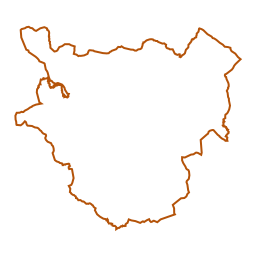 outline of Ajumako-enyan-essiam, Central, Ghana
{"feature_id": "2480657B3117094904377", "entity_name": "Ajumako-enyan-essiam", "entity_type": "district", "adm_level": 2, "iso_a3": "GHA", "parent_name": "Ghana", "parent_adm1": "Central", "projection": "mercator", "projection_center": [-1.0, 5.413], "detail": "fine", "context": "isolated", "style": "outline", "palette": "amber", "viewbox_px": 256, "rotation_deg": 0, "n_neighbors": 0, "source": "geoboundaries", "source_scale": "gbopen_adm2", "svg_char_len": 5618}
<svg xmlns="http://www.w3.org/2000/svg" viewBox="0 0 256 256"><path d="M116.2,229.2L118.2,227.9L119.2,227.9L121.2,226.1L122.1,226.5L122.7,225.7L123.1,226.1L124.0,225.9L124.8,226.1L125.6,225.9L125.5,224.4L126.5,223.4L127.5,222.9L128.8,219.4L131.4,220.4L135.4,221.1L140.2,222.9L142.7,221.4L143.5,221.5L144.1,222.0L146.9,220.2L149.1,219.2L150.0,221.1L151.0,222.0L152.5,221.5L153.3,220.8L154.0,220.8L157.3,222.2L160.6,219.4L174.9,214.4L174.2,213.3L174.1,208.3L172.8,204.9L181.0,198.3L184.4,198.0L186.4,196.4L187.4,194.0L189.0,192.4L188.2,190.4L187.4,184.7L186.5,182.1L186.8,181.0L188.8,178.9L189.4,175.3L189.0,171.5L188.4,170.1L186.7,169.2L186.0,168.1L185.5,166.7L183.2,163.0L182.1,160.3L182.1,157.2L184.9,157.5L191.0,154.6L193.5,154.3L195.8,152.7L196.3,152.6L197.9,152.9L201.2,154.8L201.7,152.7L200.7,139.9L207.1,134.3L208.0,133.7L208.7,131.7L210.0,130.7L212.3,130.0L213.5,130.1L217.7,134.8L219.4,136.0L219.5,136.5L221.9,138.5L224.8,140.0L225.4,140.8L227.4,140.8L227.0,138.9L227.4,137.7L226.8,136.9L225.9,136.5L226.3,136.1L226.1,135.5L227.4,134.3L227.6,133.5L228.5,133.1L228.7,131.8L227.3,130.2L227.8,129.7L227.0,129.4L227.1,128.8L226.4,128.4L226.6,128.0L226.1,127.0L225.1,126.9L224.8,126.2L224.4,126.1L223.4,126.4L222.8,125.4L223.4,125.1L223.6,124.0L223.2,122.8L224.3,121.8L223.8,121.5L223.9,121.0L223.5,120.9L223.7,120.5L223.5,120.1L223.7,119.6L223.5,119.3L225.3,118.1L225.2,116.4L225.4,114.7L227.2,113.3L228.0,112.0L229.2,109.4L230.0,105.6L228.9,100.3L228.9,98.7L228.1,97.0L227.6,92.8L226.8,90.9L228.2,88.3L228.0,87.5L228.7,86.6L228.7,84.7L228.3,82.9L226.5,79.0L226.1,77.0L225.4,76.7L224.9,75.6L224.9,75.0L225.1,74.4L226.3,73.9L231.9,69.6L233.1,68.0L234.2,65.7L235.6,64.0L240.6,59.2L238.0,57.1L235.3,53.6L231.6,51.2L230.6,49.5L230.4,47.8L228.1,47.1L224.7,46.7L222.9,44.7L219.7,42.7L216.4,39.9L214.1,38.4L212.7,38.1L211.6,36.6L207.5,34.2L203.4,30.2L201.7,29.2L199.4,28.4L199.1,28.6L198.5,31.7L196.7,33.6L196.7,35.1L196.3,35.8L196.2,37.3L194.7,37.9L193.4,39.3L192.9,39.5L192.3,39.1L192.1,39.3L191.5,40.3L191.4,41.3L190.5,42.6L190.1,42.7L189.7,43.6L188.5,44.6L188.3,47.4L185.9,49.8L184.9,53.3L183.4,54.7L182.3,55.1L181.3,56.6L180.5,57.2L179.6,56.8L180.0,55.5L179.7,54.3L178.6,54.4L177.8,54.9L176.2,54.5L175.8,54.0L174.8,53.7L172.7,49.3L169.7,49.3L168.7,48.6L167.3,48.3L166.6,47.8L165.8,46.2L166.1,44.7L165.3,44.3L164.3,43.4L162.4,43.6L158.1,41.9L157.3,41.0L155.9,41.0L154.5,40.3L153.7,40.4L152.9,39.4L151.1,39.2L149.5,39.4L146.5,40.4L144.4,42.2L143.3,42.4L143.3,43.4L142.7,43.8L142.5,45.5L141.5,48.3L140.3,49.1L138.2,49.4L136.4,50.6L134.9,50.6L133.2,49.7L130.9,49.6L124.1,48.0L121.5,46.3L120.4,47.1L118.2,46.9L116.2,49.2L111.8,50.8L111.0,51.5L110.0,51.9L108.7,53.2L106.7,53.4L102.9,53.1L94.2,51.2L93.5,50.6L89.8,50.2L89.3,50.3L88.7,50.9L87.5,53.9L84.1,55.4L80.8,55.9L79.3,55.8L78.4,56.1L76.5,54.6L73.8,53.9L74.5,50.5L74.4,48.5L74.7,46.4L71.2,45.3L69.2,44.2L64.8,44.2L62.2,46.1L59.3,47.1L57.3,50.5L56.0,51.2L54.4,51.5L50.4,47.8L50.3,44.9L49.8,43.5L50.0,41.7L49.1,40.8L49.2,38.9L49.4,38.8L48.9,36.9L49.2,36.7L49.2,36.1L48.9,35.7L49.2,33.0L49.0,31.8L48.3,30.4L47.1,29.8L47.1,28.5L45.6,27.7L44.3,27.2L40.3,28.3L36.1,30.9L34.4,30.2L32.4,28.3L30.2,27.8L28.8,26.8L26.5,27.2L25.0,28.2L21.6,29.1L20.7,30.0L21.3,37.5L26.3,49.7L28.4,50.5L28.8,52.1L35.6,56.7L37.4,58.3L38.7,59.8L39.4,61.3L44.0,63.1L44.6,63.6L45.8,69.5L46.9,71.0L47.6,72.4L49.0,77.7L49.5,78.7L49.6,79.9L51.9,81.1L52.7,82.3L54.9,83.5L55.5,83.7L57.9,83.0L61.9,84.5L63.2,85.8L64.5,87.8L64.9,89.6L67.4,93.7L68.8,93.9L68.2,95.4L68.4,96.5L67.6,97.3L67.4,97.4L67.0,96.6L66.4,97.1L65.6,96.8L64.4,97.1L64.8,95.6L64.5,95.4L63.1,95.9L63.0,95.2L63.6,94.4L63.0,94.1L62.1,92.2L62.3,91.1L61.8,90.6L62.0,89.9L61.6,87.9L62.2,86.0L61.7,86.0L60.7,85.2L58.5,84.8L56.8,85.6L56.0,84.7L55.6,84.9L55.1,85.9L54.2,85.2L53.7,85.4L53.5,85.9L54.0,87.2L53.4,87.7L52.4,87.5L50.7,87.9L50.5,87.7L51.2,87.0L50.1,86.7L49.4,85.7L49.8,84.2L48.5,83.3L48.5,82.5L49.0,82.0L48.3,82.1L47.8,81.3L48.0,80.7L49.0,79.6L48.8,79.4L48.2,79.7L47.9,78.7L48.1,78.3L47.7,77.7L47.4,78.1L45.9,78.6L44.9,78.7L43.9,78.3L43.7,79.0L43.1,78.6L42.6,79.5L41.8,79.7L40.8,79.5L40.1,83.0L40.5,84.3L39.4,84.3L39.0,85.3L38.4,85.9L38.9,87.0L38.6,87.4L38.0,87.5L38.0,88.3L37.1,89.2L36.8,92.4L39.4,102.3L41.3,103.6L36.0,104.6L33.0,105.8L32.2,106.2L31.8,106.8L30.2,107.4L27.7,109.2L24.9,110.6L23.4,112.0L22.7,112.1L21.6,111.8L19.6,112.7L16.7,112.8L15.4,115.7L15.6,119.6L16.2,121.7L16.4,124.3L16.6,124.9L20.7,125.3L22.6,123.9L24.9,121.3L26.0,122.2L26.7,124.6L27.5,125.6L32.0,126.0L34.8,127.4L37.4,127.8L38.4,128.4L40.2,130.4L41.2,131.0L42.0,132.3L43.2,133.5L45.8,134.6L46.1,135.9L45.2,138.0L45.9,139.8L47.6,141.7L51.1,143.2L51.9,145.1L53.0,146.2L53.6,148.4L53.8,150.5L53.4,151.8L52.6,153.0L54.9,160.1L56.6,161.4L59.0,162.2L59.7,162.9L62.0,163.4L62.2,164.1L62.9,164.5L62.8,165.1L63.3,165.1L63.7,164.5L64.4,164.4L65.1,164.7L65.8,164.2L68.8,163.7L69.3,164.1L69.4,165.4L69.9,166.0L68.7,167.0L68.7,168.1L69.2,169.1L70.5,168.8L72.0,169.2L73.6,178.1L72.3,182.9L71.3,184.9L68.8,185.9L70.3,188.7L69.9,192.1L70.8,192.7L71.1,193.5L72.8,194.8L74.1,195.1L74.8,195.9L75.8,196.5L76.0,198.1L77.1,198.3L78.3,200.2L80.5,200.1L82.3,201.5L83.1,201.4L83.9,201.7L86.3,203.8L87.3,203.6L88.2,203.9L89.3,203.3L89.9,203.3L91.5,204.3L92.3,205.2L92.9,205.4L93.6,206.8L94.7,207.8L95.6,208.3L94.9,210.2L97.1,214.3L100.0,216.7L103.4,218.7L105.7,219.1L106.2,220.0L106.6,219.5L107.1,219.7L107.4,219.2L108.0,220.1L107.6,221.1L108.1,221.6L108.0,222.2L108.5,222.5L108.8,223.5L110.8,223.4L111.1,223.5L111.3,224.1L111.6,223.9L111.8,224.3L112.3,224.1L112.5,225.6L113.8,226.0L114.8,225.8L116.1,226.9L116.3,227.4L116.2,229.2Z" fill="none" stroke="#b45309" stroke-width="2"/></svg>